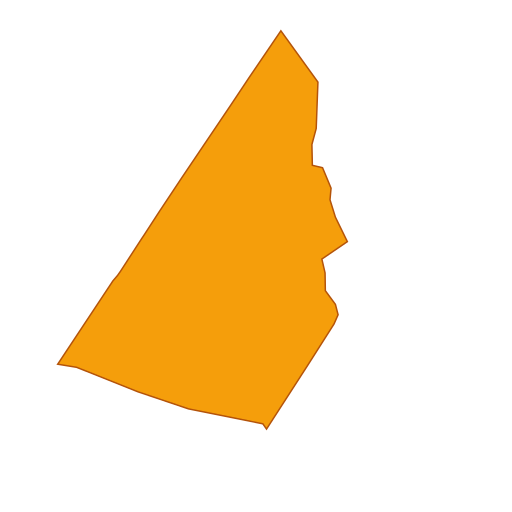 Scott, Virginia, United States of America, rotated 124°
{"feature_id": "52423323B99932966436825", "entity_name": "Scott", "entity_type": "district", "adm_level": 2, "iso_a3": "USA", "parent_name": "United States of America", "parent_adm1": "Virginia", "projection": "mercator", "projection_center": [-82.626, 36.739], "detail": "fine", "context": "isolated", "style": "filled", "palette": "amber", "viewbox_px": 512, "rotation_deg": 124, "n_neighbors": 0, "source": "geoboundaries", "source_scale": "gbopen_adm2", "svg_char_len": 601}
<svg xmlns="http://www.w3.org/2000/svg" viewBox="0 0 512 512"><g transform="rotate(124 256 256)"><path d="M391.3,156.5L393.6,150.5L318.1,152.0L268.7,153.3L258.8,155.1L251.7,163.1L246.0,179.1L231.4,189.3L221.7,199.7L193.0,188.3L179.4,211.9L168.0,226.1L157.8,231.7L145.6,250.2L149.3,260.0L132.3,272.0L116.6,277.4L77.2,301.9L55.4,361.3L111.8,361.5L145.2,361.3L223.4,361.3L232.6,361.3L273.7,361.0L301.6,360.5L302.4,360.5L305.5,360.5L344.5,359.8L349.5,359.9L356.5,360.7L454.9,359.9L456.6,359.9L448.6,342.5L434.6,277.9L420.5,226.5L391.3,156.5Z" fill="#f59e0b" stroke="#b45309" stroke-width="1.5"/></g></svg>